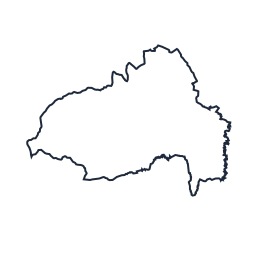 the district of Chiang Kham, Phayao, Thailand, rotated 171°
{"feature_id": "78962969B51854654401236", "entity_name": "Chiang Kham", "entity_type": "district", "adm_level": 2, "iso_a3": "THA", "parent_name": "Thailand", "parent_adm1": "Phayao", "projection": "robinson", "projection_center": [100.283, 19.484], "detail": "fine", "context": "isolated", "style": "outline", "palette": "slate", "viewbox_px": 256, "rotation_deg": 171, "n_neighbors": 0, "source": "geoboundaries", "source_scale": "gbopen_adm2", "svg_char_len": 5590}
<svg xmlns="http://www.w3.org/2000/svg" viewBox="0 0 256 256"><g transform="rotate(171 128 128)"><path d="M179.7,84.2L173.6,82.6L171.3,82.8L164.2,82.6L160.1,83.4L158.8,83.0L158.2,82.2L156.3,81.4L155.7,80.2L154.3,79.4L151.3,79.1L146.7,81.4L141.6,82.3L138.7,82.1L137.3,83.0L136.2,82.6L135.4,83.4L134.1,83.5L133.1,84.0L132.4,83.6L132.1,83.9L131.1,83.7L130.1,82.8L129.9,82.3L127.5,82.2L125.9,82.3L126.1,83.8L121.8,84.2L121.3,83.8L120.9,84.6L120.7,84.4L120.6,84.7L120.4,84.2L120.2,84.6L119.9,84.3L118.6,84.5L118.3,84.8L117.7,84.0L117.6,84.3L117.4,84.1L116.7,84.4L114.7,83.6L113.8,83.7L113.2,84.0L111.2,88.9L109.7,89.1L108.7,89.8L108.5,90.4L107.7,91.0L107.4,92.6L106.0,92.5L105.9,93.7L105.6,94.0L105.4,93.8L105.1,94.4L104.8,94.5L103.8,94.6L103.7,94.0L103.2,94.3L102.8,94.1L102.4,94.4L102.3,93.8L102.0,93.8L102.0,94.3L100.6,94.2L100.0,94.7L100.2,94.0L99.1,94.5L99.2,94.0L98.8,93.8L98.5,94.8L97.5,94.9L97.8,95.9L96.9,96.0L96.6,95.5L97.0,95.2L97.0,94.8L96.7,94.9L96.7,94.6L96.2,94.3L96.6,94.0L96.3,93.2L95.8,93.2L95.8,92.8L95.0,92.6L94.6,92.1L94.2,92.4L94.0,91.9L94.3,91.3L93.7,90.9L93.7,90.3L93.2,89.9L93.0,90.4L93.3,91.3L92.8,91.9L92.2,91.7L91.6,92.0L91.1,91.7L90.5,92.0L90.7,92.7L91.1,92.8L91.0,93.5L90.5,92.7L89.2,92.6L85.5,93.9L83.6,93.3L82.7,92.7L82.0,92.8L81.2,92.2L78.5,91.7L77.6,90.9L76.6,90.9L76.4,89.4L76.6,88.8L76.2,87.9L74.9,86.8L75.0,85.9L74.8,85.4L74.8,83.7L74.5,83.4L74.5,82.7L74.9,74.5L74.7,73.9L73.8,73.7L74.0,72.8L73.5,72.1L73.7,70.8L73.4,70.4L73.6,70.1L73.4,69.4L73.9,68.7L73.7,68.0L74.3,66.4L75.8,65.6L76.4,65.0L75.9,61.1L76.4,57.7L75.8,56.2L76.1,55.4L75.7,55.1L75.7,54.0L75.4,53.5L75.7,52.2L74.8,51.2L72.7,51.3L72.3,51.5L71.8,52.5L71.3,52.7L71.5,53.3L71.3,53.8L71.0,53.8L70.2,55.0L69.3,55.7L69.4,56.2L69.1,56.3L68.4,57.6L68.7,57.8L68.7,58.7L68.2,59.3L68.4,59.7L68.0,60.4L67.4,60.3L67.3,60.6L66.8,63.5L64.9,66.0L61.5,63.7L60.0,63.3L59.3,63.5L57.8,64.8L55.0,65.2L53.3,63.6L49.5,64.4L46.0,64.0L44.8,62.9L44.6,61.9L44.4,62.2L43.7,61.9L43.2,62.7L42.5,62.1L42.6,63.8L42.3,64.2L41.0,62.9L40.3,63.2L41.0,63.5L40.4,64.3L41.1,64.7L40.5,64.9L40.2,66.0L39.3,66.2L39.2,67.5L38.5,67.1L37.4,68.0L38.3,69.4L39.6,69.5L40.0,69.9L38.8,71.0L39.3,72.0L39.1,72.4L37.0,73.4L37.2,74.3L38.1,74.8L38.5,75.5L37.9,75.9L37.4,75.1L36.3,76.1L36.1,76.7L36.3,77.4L37.6,77.6L36.9,79.1L37.4,79.6L37.3,80.6L37.8,80.8L37.9,81.4L36.8,82.2L36.2,82.0L36.2,81.3L35.2,81.4L35.0,82.2L35.8,82.8L35.0,84.0L34.9,85.0L35.7,84.7L35.8,85.9L36.3,86.4L37.4,86.1L37.8,86.4L36.1,87.9L36.1,88.3L36.9,89.0L36.8,90.6L36.3,90.8L36.3,90.3L35.7,89.7L35.0,91.1L35.3,91.7L35.9,91.3L36.4,91.4L36.0,92.6L36.6,93.5L36.1,94.0L35.7,93.7L35.0,93.7L35.1,94.8L35.7,95.8L35.1,96.5L35.4,97.4L35.3,97.8L34.8,98.2L34.0,97.9L33.7,98.1L33.4,97.0L32.0,96.7L31.5,96.3L31.1,97.0L31.5,97.7L31.9,97.4L32.5,97.7L32.3,98.0L32.8,98.5L32.6,99.1L32.8,99.8L30.7,99.7L30.4,99.9L31.0,100.9L30.8,101.5L31.3,103.1L32.3,103.4L32.7,104.6L33.2,104.8L33.9,104.4L34.3,105.1L33.3,106.4L32.9,106.2L32.7,105.5L32.0,106.3L32.0,106.8L33.0,108.7L32.4,109.8L30.9,110.0L29.2,109.2L28.5,109.5L28.4,110.1L27.6,111.2L28.5,112.5L29.1,112.7L29.1,113.7L28.6,113.9L26.7,113.4L26.6,113.9L27.3,115.1L28.1,115.4L27.9,115.8L27.0,116.0L26.3,116.8L26.1,117.5L28.9,118.4L30.1,120.2L31.6,121.2L33.6,122.1L34.8,122.0L35.5,122.4L33.8,124.8L34.7,125.4L34.0,126.7L34.5,127.3L35.0,126.9L36.4,127.9L36.1,128.3L36.9,129.2L38.5,130.2L35.2,133.4L37.4,135.7L40.2,135.0L42.8,135.0L43.1,136.2L44.3,135.7L44.6,133.5L47.0,135.6L49.4,136.8L49.4,137.3L50.9,137.7L51.6,139.2L53.0,140.6L54.8,141.8L56.0,143.0L56.0,146.6L55.6,147.6L53.7,148.8L52.8,153.2L53.4,153.7L57.2,155.4L56.3,158.7L56.8,160.4L57.6,161.8L57.3,162.1L55.4,162.2L54.4,162.8L52.7,163.3L52.5,163.6L54.2,168.3L54.9,172.2L56.0,173.2L56.6,174.4L57.7,178.6L59.5,180.9L59.2,182.8L61.2,185.2L63.0,188.7L63.9,189.5L64.4,191.0L64.2,192.2L66.5,197.5L67.4,198.4L72.6,195.9L73.4,195.8L74.8,196.3L75.3,196.6L75.2,198.4L75.8,199.0L81.6,202.9L85.3,204.8L86.9,203.3L89.7,202.3L89.1,200.8L89.5,199.9L92.4,200.4L93.3,201.0L93.7,201.9L95.7,201.1L100.3,201.3L100.5,200.9L100.5,198.8L101.2,196.2L101.0,194.0L101.5,189.2L102.2,188.7L105.2,188.0L108.0,186.7L110.2,185.1L110.9,185.3L112.3,187.4L116.3,192.0L117.1,192.0L119.6,189.4L119.9,187.5L120.5,186.4L120.8,185.0L120.8,182.6L120.1,180.7L120.0,179.3L120.7,175.8L121.6,174.4L122.2,174.6L123.4,175.7L123.5,176.5L124.2,177.2L126.0,181.4L128.1,181.9L129.3,182.7L130.9,183.1L132.6,185.3L133.5,185.8L134.3,185.2L135.7,180.7L136.2,175.1L137.2,173.0L138.0,172.2L140.6,172.9L141.9,172.9L143.5,171.4L145.2,172.0L146.3,170.6L148.5,170.2L149.3,169.5L151.8,170.6L152.8,170.6L154.7,171.2L157.6,173.3L161.1,174.0L161.7,173.9L163.9,172.2L167.1,171.8L169.6,170.5L172.5,170.5L175.5,172.0L176.5,171.8L177.7,170.9L179.6,170.9L180.8,171.3L184.4,169.7L186.9,169.1L187.4,168.8L188.0,167.6L188.5,167.4L190.0,167.2L190.3,167.6L192.5,167.6L195.8,166.2L197.1,164.9L199.5,163.2L201.9,162.5L202.7,161.8L204.9,159.9L206.9,157.4L208.6,156.4L212.6,152.5L213.0,151.4L213.1,143.3L213.5,142.3L214.9,141.0L215.7,138.3L217.5,137.2L218.2,135.4L220.9,132.3L223.1,132.6L225.5,131.4L227.8,131.5L229.5,130.4L229.9,129.0L229.9,127.4L228.5,123.9L227.9,120.7L227.8,118.5L228.0,117.0L227.8,114.7L226.8,116.1L226.1,116.5L223.4,116.6L220.9,118.8L219.9,120.2L217.1,120.0L213.9,116.2L212.5,115.4L209.6,114.5L208.6,112.7L206.4,110.0L205.8,109.7L203.9,109.7L202.1,108.3L199.1,107.2L198.1,107.7L197.2,109.3L194.7,110.0L193.9,109.6L192.8,108.2L189.8,107.6L187.7,103.3L185.6,101.8L184.9,100.2L183.1,99.5L180.5,98.9L178.7,98.0L177.8,97.0L177.4,95.5L176.7,95.0L176.8,92.0L176.1,90.7L176.0,89.5L178.0,87.4L179.7,84.2Z" fill="none" stroke="#1e293b" stroke-width="2"/></g></svg>